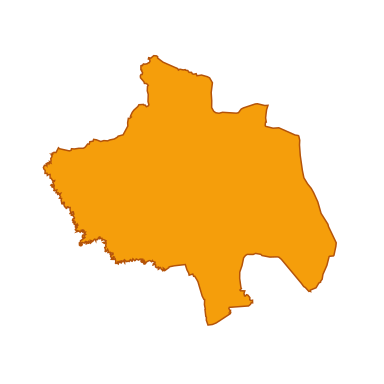 Non Sung, Nakhon Ratchasima, Thailand, rotated 99°
{"feature_id": "78962969B78904215170305", "entity_name": "Non Sung", "entity_type": "district", "adm_level": 2, "iso_a3": "THA", "parent_name": "Thailand", "parent_adm1": "Nakhon Ratchasima", "projection": "albers", "projection_center": [102.297, 15.207], "detail": "fine", "context": "isolated", "style": "filled", "palette": "amber", "viewbox_px": 384, "rotation_deg": 99, "n_neighbors": 0, "source": "geoboundaries", "source_scale": "gbopen_adm2", "svg_char_len": 6075}
<svg xmlns="http://www.w3.org/2000/svg" viewBox="0 0 384 384"><g transform="rotate(99 192 192)"><path d="M273.9,254.9L274.6,253.6L273.6,253.5L272.8,254.4L272.4,254.3L272.9,252.3L272.3,252.2L271.9,252.8L271.3,251.3L272.5,251.6L273.1,250.8L271.3,249.8L270.7,249.0L272.5,247.4L271.0,247.5L270.0,248.4L269.5,248.2L271.0,245.5L270.2,244.3L270.5,243.2L268.4,242.3L268.6,241.7L269.6,241.1L269.7,240.3L267.3,239.9L268.8,237.9L268.4,237.2L266.9,236.6L267.6,234.1L266.4,232.8L266.1,230.1L267.1,229.8L267.7,230.5L267.6,231.6L268.3,231.6L269.1,231.0L269.3,228.9L268.9,228.7L267.6,229.5L267.0,228.7L269.1,227.2L270.2,228.4L270.7,228.0L270.1,226.8L268.3,226.1L266.5,223.7L266.3,222.6L267.2,221.2L265.9,220.3L266.7,219.8L267.1,217.5L268.2,217.5L269.0,218.9L270.1,219.0L269.3,217.4L269.7,216.5L271.7,216.3L272.3,214.9L271.5,213.7L273.6,213.2L272.9,212.4L271.8,212.7L271.5,211.4L273.4,210.0L273.4,209.0L274.3,208.6L273.7,207.8L271.7,208.4L272.5,206.9L274.0,207.0L274.0,206.7L270.3,203.0L269.5,202.8L267.7,198.1L264.7,187.3L269.7,184.8L272.6,182.6L274.6,181.8L272.9,178.4L275.0,177.2L274.8,176.1L278.0,173.4L279.7,172.1L293.1,165.7L296.2,163.5L296.2,162.7L301.3,162.1L305.7,160.5L306.0,160.8L312.8,158.9L313.4,158.2L316.4,157.8L320.9,155.4L319.7,151.2L317.6,147.7L306.9,135.9L305.8,136.2L306.0,135.1L304.6,134.9L304.0,135.9L302.9,135.5L302.9,136.1L301.3,137.4L300.1,137.1L295.7,118.3L293.8,116.7L292.1,116.1L292.0,114.8L289.4,115.3L290.0,116.8L289.4,118.1L287.3,118.3L285.1,120.7L284.9,122.1L286.4,123.0L286.4,123.9L284.1,124.8L281.4,124.4L282.0,128.7L281.3,129.3L279.6,128.1L278.8,128.7L269.9,131.4L263.6,132.3L256.8,131.1L248.9,130.7L246.3,129.2L245.0,127.7L244.1,121.8L242.7,119.6L242.8,114.3L243.8,112.9L244.1,105.0L242.7,97.5L242.8,96.0L244.5,93.2L265.0,69.8L267.9,66.9L268.6,65.1L271.9,61.0L271.5,60.1L271.7,59.3L270.4,59.8L267.2,54.5L262.1,52.5L260.9,50.9L260.0,51.0L257.8,49.8L252.9,49.8L243.4,47.3L234.6,46.5L234.0,46.2L233.0,42.3L232.3,41.9L223.1,41.4L219.6,41.6L204.8,51.8L202.6,52.7L192.9,61.2L182.1,66.2L173.6,71.8L169.8,74.8L165.9,79.1L160.5,83.7L153.6,86.3L139.0,90.8L128.7,93.2L124.0,93.7L120.0,95.3L119.6,96.0L119.6,99.1L115.0,116.3L116.3,121.9L115.6,129.6L114.9,130.1L112.2,130.3L111.4,130.2L111.3,129.6L107.3,130.9L102.7,131.1L99.1,131.2L94.5,130.5L95.2,133.6L94.6,141.2L95.2,143.4L100.9,154.4L102.4,156.4L106.4,158.5L107.2,160.5L108.5,174.3L110.0,177.6L110.0,180.9L108.9,183.2L105.5,185.8L98.7,186.8L90.8,188.6L80.9,188.9L76.5,192.5L75.7,194.9L75.0,200.9L76.4,205.3L74.5,206.4L75.4,208.7L75.2,210.2L73.9,211.2L74.3,213.6L72.7,215.2L72.7,217.5L72.2,217.9L72.8,219.7L72.6,223.1L73.7,224.5L72.4,225.4L68.3,240.9L65.1,246.9L63.7,247.1L63.1,248.3L63.3,251.1L66.2,253.6L66.1,255.8L67.5,255.9L67.6,254.6L69.3,253.9L71.0,254.5L71.2,255.3L72.3,256.3L73.2,258.7L73.0,259.7L73.5,260.3L74.9,260.7L74.8,261.5L75.3,262.2L79.3,261.6L79.5,260.7L80.3,260.7L81.9,259.5L83.7,259.6L83.9,260.7L85.4,261.2L87.3,260.7L90.7,256.7L92.2,256.0L92.0,253.9L93.5,251.9L94.7,252.5L99.1,252.0L102.4,250.5L109.6,249.6L112.7,248.2L114.0,248.9L114.9,250.4L113.5,251.8L113.7,253.1L113.1,253.6L114.1,258.1L116.0,258.8L120.2,262.2L122.7,263.5L126.9,264.7L127.4,263.7L129.2,265.3L129.2,266.4L133.7,266.4L136.9,265.7L146.3,269.0L148.4,273.7L149.4,274.2L151.8,277.0L153.5,281.5L154.7,283.3L155.0,287.1L156.4,290.0L155.4,294.5L155.4,297.4L157.3,297.7L158.3,300.8L160.8,301.0L160.9,302.6L164.3,304.4L165.8,306.1L166.5,310.6L167.9,314.9L168.1,317.8L169.7,317.9L170.6,319.5L170.0,329.6L169.2,330.8L174.3,332.5L174.4,334.5L175.0,334.7L175.4,336.0L176.5,336.1L176.6,336.6L176.9,335.8L177.5,336.5L177.8,336.0L179.1,335.9L181.1,336.7L183.4,336.0L183.9,336.6L185.1,336.0L184.4,337.4L186.3,336.7L185.7,337.3L186.3,337.5L185.4,338.0L185.7,338.6L186.4,338.4L186.1,339.2L186.7,339.1L186.8,339.9L187.7,339.7L187.5,340.2L188.6,339.8L188.2,340.3L188.7,340.7L188.7,341.9L191.1,342.6L192.7,341.7L193.6,340.4L196.6,340.1L196.2,338.1L198.2,337.5L197.4,336.7L196.9,334.9L200.5,334.3L200.5,333.3L202.8,331.2L202.2,329.5L203.0,329.6L204.1,331.0L206.4,329.6L206.9,330.5L206.6,331.9L207.4,332.5L208.0,331.4L209.1,330.8L207.9,329.1L209.7,329.1L210.6,328.4L212.1,328.7L212.3,328.1L211.2,325.9L213.9,326.2L213.6,324.2L214.8,324.6L215.4,324.2L213.9,321.5L215.9,322.2L217.2,321.1L218.8,321.9L218.8,319.8L220.5,320.0L224.0,318.7L224.0,318.1L222.3,317.4L222.2,316.6L222.8,316.3L224.5,316.6L226.5,315.5L226.8,314.4L227.9,313.7L227.8,313.2L226.1,312.7L226.1,311.9L226.7,311.4L226.4,309.9L229.1,309.6L230.9,308.5L232.4,309.1L232.5,308.2L230.3,306.9L230.2,306.1L232.3,305.3L232.6,306.6L233.8,307.3L233.9,305.7L236.0,304.0L236.5,304.1L236.9,305.2L238.5,305.7L239.0,305.3L238.7,304.3L240.7,304.7L240.8,304.2L239.8,302.9L240.3,302.6L241.9,303.4L242.3,303.2L242.2,302.4L243.3,301.3L241.5,300.4L242.6,299.5L243.9,300.2L244.1,301.8L245.0,301.6L245.2,300.1L247.2,301.4L247.8,301.1L248.1,299.1L249.4,299.9L248.2,297.5L249.2,296.2L247.7,295.4L248.6,293.8L247.4,294.1L247.0,295.0L246.5,293.9L246.9,292.7L248.5,292.6L248.3,291.0L249.8,291.7L250.5,290.4L251.6,291.5L251.3,292.4L251.8,293.3L253.7,293.3L254.3,292.7L253.2,291.1L253.7,290.6L257.6,294.5L259.0,294.4L259.9,295.2L260.7,293.6L261.2,294.0L261.2,295.0L262.0,294.9L262.6,293.9L262.2,292.7L261.2,292.2L259.3,293.0L258.9,292.1L259.3,290.4L257.7,289.6L258.2,288.9L259.8,288.4L259.5,287.9L257.6,288.3L257.9,286.8L258.8,286.5L258.8,286.0L258.1,285.7L257.4,286.5L256.9,286.3L258.4,284.2L257.7,283.9L255.7,284.8L255.8,283.5L257.1,283.3L255.8,282.0L253.9,281.0L254.0,280.2L255.2,279.4L253.9,279.5L253.8,277.9L252.4,277.4L252.6,276.2L251.3,276.8L250.8,276.0L252.1,274.9L251.9,273.6L253.8,273.4L252.8,271.8L253.7,269.2L254.9,269.7L255.8,271.8L256.5,270.5L255.4,269.4L255.7,268.8L258.2,268.9L259.6,268.3L260.4,269.5L262.7,268.4L264.2,268.5L264.4,267.9L263.8,267.2L261.8,266.4L263.5,265.4L264.9,265.6L264.4,263.4L266.4,263.0L266.3,262.5L264.8,262.4L264.8,260.5L265.9,260.3L267.3,262.2L268.4,262.3L269.7,261.0L269.3,260.0L268.1,259.3L268.5,258.5L270.3,259.7L270.5,261.0L271.1,261.2L270.8,258.6L270.1,257.4L272.4,256.4L274.3,256.4L274.5,255.9L273.9,254.9Z" fill="#f59e0b" stroke="#b45309" stroke-width="1.5"/></g></svg>